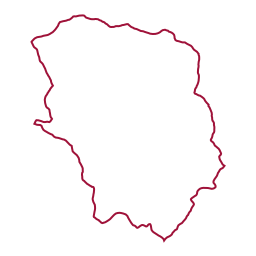 outline of Lumang, Tashigang, Bhutan
{"feature_id": "84629894B76978626004749", "entity_name": "Lumang", "entity_type": "district", "adm_level": 2, "iso_a3": "BTN", "parent_name": "Bhutan", "parent_adm1": "Tashigang", "projection": "albers", "projection_center": [91.532, 27.126], "detail": "fine", "context": "isolated", "style": "outline", "palette": "rose", "viewbox_px": 256, "rotation_deg": 0, "n_neighbors": 0, "source": "geoboundaries", "source_scale": "gbopen_adm2", "svg_char_len": 5741}
<svg xmlns="http://www.w3.org/2000/svg" viewBox="0 0 256 256"><path d="M31.5,41.9L33.7,46.5L34.2,47.2L35.5,48.2L36.4,48.9L36.9,49.5L37.2,50.2L38.2,54.7L39.2,57.2L39.7,60.2L40.2,61.4L42.1,63.2L42.9,64.2L44.1,66.7L45.2,68.8L45.5,69.8L46.6,72.8L47.6,74.4L48.2,75.6L49.2,77.0L50.1,78.9L50.9,80.4L51.1,81.8L51.6,83.3L52.9,85.7L51.4,87.4L50.2,89.0L49.8,89.9L49.4,90.6L48.8,91.2L48.1,92.6L47.5,93.2L47.2,94.1L46.1,95.7L45.6,96.4L45.1,98.0L44.8,99.6L44.8,100.2L44.9,100.8L45.1,102.7L45.3,103.6L45.5,104.3L46.1,106.4L46.6,107.2L47.3,107.9L48.4,108.5L48.8,109.0L49.4,109.8L49.5,110.5L49.7,112.0L50.0,113.2L50.1,114.2L50.4,116.0L50.8,117.2L51.5,118.1L52.0,118.9L50.3,121.4L49.3,122.1L47.2,121.7L45.0,122.1L43.5,122.0L41.2,121.1L38.3,120.3L36.4,120.2L35.5,121.4L34.4,123.8L37.1,124.8L40.2,125.0L41.5,125.8L42.3,127.9L43.4,129.8L45.0,131.0L46.3,131.7L48.3,132.9L50.5,134.0L52.3,134.7L54.0,136.6L55.6,137.5L58.4,137.9L60.3,138.5L62.6,139.3L64.2,139.6L66.0,140.7L67.6,142.4L69.8,144.7L71.7,145.9L72.0,147.9L72.7,151.4L74.1,152.8L76.9,155.2L78.6,157.8L79.2,159.8L79.4,161.9L80.9,164.4L82.3,167.2L82.7,168.4L82.8,171.9L82.4,172.5L82.1,173.1L82.1,173.6L82.0,174.3L82.0,175.2L82.2,176.0L82.2,176.5L82.3,177.3L82.2,177.9L82.4,178.8L82.6,179.6L83.3,180.4L84.2,180.9L85.0,181.8L87.3,184.0L88.3,184.5L89.0,185.0L89.8,185.6L90.8,186.0L91.7,186.8L92.3,186.8L93.4,187.1L94.0,188.3L94.1,189.6L93.8,192.8L93.5,194.1L93.2,196.2L92.7,198.3L92.7,199.6L93.4,202.0L94.8,204.8L95.0,206.5L95.1,208.3L94.9,210.0L94.5,211.8L94.0,214.6L93.7,216.3L93.9,217.0L95.0,217.7L96.3,218.9L97.9,219.8L98.7,220.1L99.2,220.8L100.5,221.8L100.9,222.4L102.2,223.1L103.2,222.9L103.9,222.6L104.6,222.5L105.5,222.1L106.7,221.4L108.6,220.2L110.1,219.1L112.9,216.1L114.3,214.7L115.9,213.5L117.6,213.0L119.5,212.8L121.1,213.0L123.2,213.5L125.7,214.4L127.4,216.0L128.3,218.0L129.7,220.4L131.2,222.8L132.4,224.4L133.1,225.2L134.5,225.6L135.5,226.2L136.7,227.6L137.5,227.8L138.1,227.5L138.7,227.2L139.1,226.8L140.3,225.9L141.7,225.1L142.6,225.0L143.5,225.2L144.4,225.6L145.9,226.4L146.7,226.4L147.5,225.8L148.2,224.8L149.1,224.2L150.0,224.1L150.4,224.5L150.8,225.5L151.0,226.6L151.4,229.1L151.6,230.0L152.1,230.7L152.8,231.6L153.8,232.4L157.2,234.6L158.5,235.5L160.1,236.3L161.8,237.4L162.9,238.4L163.6,239.1L164.1,240.6L165.4,238.8L167.3,237.2L168.6,236.7L170.4,235.7L171.7,234.6L172.1,233.9L172.6,232.8L173.2,232.2L174.0,231.4L174.8,230.4L175.5,229.9L176.5,229.5L177.0,229.0L177.2,228.4L177.5,227.5L177.8,226.5L178.4,225.3L180.5,223.8L181.6,223.3L182.2,222.8L183.3,221.4L184.3,220.3L185.1,219.4L186.0,218.2L186.4,217.3L186.6,216.7L187.0,216.1L187.5,215.4L188.1,215.0L188.4,214.3L188.6,213.5L188.9,213.0L189.7,211.8L190.8,210.7L191.0,209.7L191.5,208.4L192.0,207.5L192.5,206.7L193.4,205.5L193.9,204.4L193.8,203.7L193.2,202.6L191.7,201.0L191.0,199.8L190.9,199.2L191.2,198.7L192.4,197.7L193.8,196.8L194.4,196.3L196.1,195.3L196.7,194.5L197.0,193.6L197.3,191.7L197.7,190.9L198.8,189.7L199.9,188.8L201.3,188.2L203.1,187.9L204.4,187.9L207.9,188.0L209.9,188.4L211.5,188.8L212.7,188.7L213.8,188.4L214.7,187.8L215.4,187.3L215.6,186.6L215.5,185.6L215.2,185.0L214.8,184.3L214.0,183.4L213.5,182.7L213.5,181.2L213.9,180.4L214.6,179.1L216.7,176.2L217.2,175.2L218.0,172.9L218.6,172.1L219.3,170.9L219.8,170.0L220.5,169.2L221.3,168.7L222.2,168.3L222.7,168.0L224.0,166.5L224.5,165.8L223.3,165.0L222.6,164.4L222.0,163.3L220.8,161.2L220.2,160.3L219.7,159.2L219.3,157.4L219.2,156.6L219.9,155.5L220.7,154.8L221.1,153.8L220.9,153.0L219.6,150.1L218.5,148.5L218.0,148.2L216.1,146.5L215.1,145.8L214.7,145.3L213.9,143.5L213.0,142.3L212.3,141.8L211.4,141.1L210.9,140.5L210.9,139.4L211.5,138.6L212.2,136.9L212.4,136.0L212.6,134.7L212.8,134.2L213.2,133.5L214.0,132.4L214.3,131.2L214.3,129.0L214.4,127.9L214.3,126.5L213.9,124.8L214.0,124.1L213.9,122.9L213.5,122.1L213.2,121.4L212.5,120.7L212.2,119.3L212.1,117.4L211.8,116.3L211.7,115.7L211.9,114.8L211.7,112.8L210.6,110.0L209.5,107.4L208.4,106.0L208.6,104.7L206.8,102.9L205.9,101.8L205.0,100.6L204.3,99.1L203.5,98.2L202.0,97.0L200.1,95.7L198.7,95.4L197.3,94.7L196.4,94.1L195.2,93.8L194.6,93.1L194.4,92.4L194.8,91.4L194.9,90.4L195.1,89.3L195.6,88.2L196.1,87.7L196.5,86.9L196.8,85.8L197.5,84.6L197.9,83.4L198.1,82.8L198.3,82.1L198.6,80.8L198.9,77.5L198.9,75.7L198.8,75.0L198.0,73.1L197.9,72.3L198.1,69.0L198.5,67.1L198.6,65.5L198.4,64.8L198.7,61.7L199.0,60.6L199.2,59.4L199.2,57.5L199.1,56.0L198.8,55.3L198.5,54.5L198.6,53.8L198.0,53.1L197.0,51.8L194.0,49.7L193.0,48.4L192.3,47.2L191.0,45.8L187.2,43.9L184.9,42.4L182.5,42.4L181.1,42.0L179.0,41.3L176.7,40.8L175.5,40.1L174.6,38.1L174.5,36.5L174.1,34.9L173.1,33.7L171.6,32.6L170.1,32.0L168.8,31.6L168.0,30.7L166.3,30.3L165.3,29.8L164.6,29.8L162.6,30.2L161.0,31.3L160.3,32.0L158.9,32.8L157.5,33.4L156.6,33.6L155.4,33.9L152.8,34.0L150.3,33.7L149.6,33.5L148.7,33.1L147.0,32.6L144.8,31.9L143.3,31.3L142.0,31.1L140.9,31.0L137.4,29.4L136.5,29.0L134.9,28.7L134.0,28.4L133.6,28.0L133.0,27.7L132.4,27.5L131.0,26.8L130.4,26.3L129.2,25.3L127.9,24.1L127.0,24.1L125.8,24.4L123.4,25.0L122.2,25.1L121.1,25.6L119.6,26.0L118.5,26.2L117.3,26.1L115.6,26.2L115.0,26.5L113.8,26.9L111.0,27.0L110.0,26.8L108.7,25.9L107.8,25.0L107.2,24.4L106.6,24.0L105.7,23.6L105.2,23.2L104.6,22.5L103.5,21.9L102.9,21.9L102.3,21.6L101.2,20.7L100.1,20.4L99.0,19.9L98.4,19.4L97.6,19.2L96.7,19.1L95.9,19.0L95.0,19.0L94.3,19.2L93.5,19.2L92.1,19.2L90.9,19.1L89.8,18.8L86.1,17.6L85.5,17.0L84.7,16.1L84.1,15.6L82.9,15.4L79.3,15.6L76.0,16.4L75.0,16.4L74.4,16.3L73.2,16.5L72.3,17.5L70.5,19.0L69.4,19.7L68.1,19.9L66.0,20.7L63.2,21.2L59.9,22.1L58.7,23.9L58.0,25.8L55.7,29.0L54.7,30.2L52.7,32.2L51.3,33.0L50.1,33.8L48.2,34.8L47.2,35.1L43.4,35.8L42.1,36.3L41.0,36.6L39.0,36.9L37.2,37.2L36.1,37.7L34.8,38.4L34.0,39.1L32.1,41.1L31.5,41.9Z" fill="none" stroke="#9f1239" stroke-width="2"/></svg>